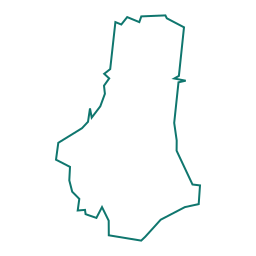 the district of Marshall, Tennessee, United States of America
{"feature_id": "52423323B88025454001467", "entity_name": "Marshall", "entity_type": "district", "adm_level": 2, "iso_a3": "USA", "parent_name": "United States of America", "parent_adm1": "Tennessee", "projection": "natural_earth1", "projection_center": [-86.784, 35.481], "detail": "fine", "context": "isolated", "style": "outline", "palette": "teal", "viewbox_px": 256, "rotation_deg": 0, "n_neighbors": 0, "source": "geoboundaries", "source_scale": "gbopen_adm2", "svg_char_len": 647}
<svg xmlns="http://www.w3.org/2000/svg" viewBox="0 0 256 256"><path d="M127.2,17.1L121.3,24.5L115.4,22.1L110.2,69.1L104.2,73.8L109.2,78.4L104.0,85.7L104.9,93.8L100.3,106.3L91.7,117.6L90.0,108.4L88.0,121.8L82.0,128.2L58.3,142.8L56.0,159.7L70.0,166.9L69.3,180.4L72.2,191.7L79.3,198.9L77.7,210.5L85.0,209.9L85.6,214.2L96.4,217.9L102.0,207.1L108.7,220.7L108.8,235.3L141.2,240.6L145.3,236.7L160.7,219.7L184.9,207.1L198.7,204.1L200.0,185.4L192.5,184.5L176.6,150.7L176.7,140.5L174.2,122.9L178.5,82.3L185.7,80.7L174.3,78.5L178.9,75.9L184.0,27.3L166.8,18.3L165.4,15.4L141.3,16.4L139.3,22.1L127.2,17.1Z" fill="none" stroke="#0f766e" stroke-width="2"/></svg>